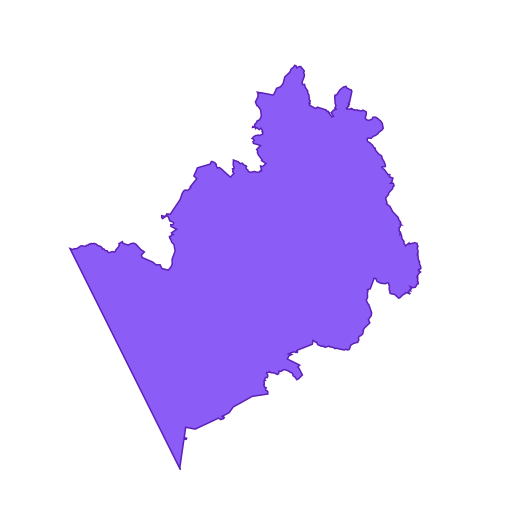 outline of Huichapan, Hidalgo, Mexico, rotated 328°
{"feature_id": "50627088B28469606214618", "entity_name": "Huichapan", "entity_type": "district", "adm_level": 2, "iso_a3": "MEX", "parent_name": "Mexico", "parent_adm1": "Hidalgo", "projection": "natural_earth1", "projection_center": [-99.627, 20.39], "detail": "fine", "context": "isolated", "style": "filled", "palette": "violet", "viewbox_px": 512, "rotation_deg": 328, "n_neighbors": 0, "source": "geoboundaries", "source_scale": "gbopen_adm2", "svg_char_len": 6166}
<svg xmlns="http://www.w3.org/2000/svg" viewBox="0 0 512 512"><g transform="rotate(328 256 256)"><path d="M419.5,159.0L415.2,159.6L410.0,162.0L408.5,161.5L407.6,161.9L404.1,168.3L403.2,171.2L401.2,172.3L401.8,174.0L399.2,173.4L395.7,174.3L395.8,178.6L394.1,178.3L393.6,173.4L394.1,173.3L393.7,171.2L392.8,171.1L392.8,169.2L386.9,162.3L384.6,162.4L381.2,156.3L382.8,155.2L381.5,154.2L382.0,154.4L384.2,153.2L384.0,152.1L386.3,147.2L386.1,145.6L387.3,143.4L387.2,138.7L388.1,136.2L386.5,135.4L386.4,134.7L387.4,132.9L392.1,129.3L393.2,127.8L393.6,125.7L395.0,124.7L394.3,119.0L392.8,118.2L390.3,118.0L390.7,115.8L389.8,114.8L387.9,115.7L384.8,116.1L382.2,118.0L375.3,119.4L370.8,123.7L369.1,124.6L366.6,125.5L362.3,124.7L357.4,128.0L355.7,128.5L346.6,120.0L345.4,119.8L345.2,118.8L343.9,117.8L343.8,119.1L342.2,121.9L337.1,125.1L336.5,128.8L336.8,128.8L337.1,130.1L337.3,134.4L334.8,140.0L331.4,142.4L328.7,142.0L326.6,143.3L324.6,143.7L323.9,145.0L322.8,145.2L321.8,144.5L321.2,145.1L323.7,146.2L323.1,147.7L324.6,147.5L325.8,150.6L328.0,150.3L327.8,153.6L327.0,153.8L327.2,154.8L326.2,156.2L322.6,155.6L322.1,154.8L319.7,153.7L317.3,153.6L314.9,154.3L315.7,155.3L315.8,157.1L313.9,157.5L313.5,159.1L318.4,164.7L313.0,166.0L313.1,167.8L312.1,168.8L311.6,171.1L312.1,177.8L311.3,178.1L313.4,182.8L309.2,183.7L307.6,182.1L305.8,186.7L304.7,186.0L303.5,186.7L301.2,185.5L299.2,183.3L295.9,182.3L294.3,180.3L294.6,178.7L294.0,177.2L294.2,175.7L295.5,175.0L295.2,173.9L294.1,172.7L293.5,169.9L291.5,169.3L290.9,166.7L287.7,162.6L284.8,166.9L284.2,169.7L283.5,170.1L282.4,169.6L282.2,170.8L280.9,172.1L281.0,174.2L276.1,175.6L272.4,162.7L271.6,161.4L269.8,160.8L270.3,157.6L270.9,157.2L270.4,154.9L268.8,152.4L267.3,152.6L265.9,153.8L253.1,150.2L245.7,155.2L246.9,159.0L236.7,162.5L236.8,163.5L233.0,164.2L230.8,162.5L229.3,162.5L226.6,163.8L221.6,167.9L205.5,175.1L202.6,173.0L201.3,174.0L199.8,174.2L197.4,171.8L196.4,173.4L196.6,174.8L201.6,174.6L202.1,175.1L202.3,176.9L201.5,180.6L203.5,183.1L203.7,184.3L203.2,185.1L201.7,185.2L200.3,184.2L199.6,185.8L202.8,191.2L196.5,191.6L197.1,194.0L195.7,193.3L194.2,194.1L193.3,193.6L192.7,193.8L192.9,194.5L192.3,195.1L192.4,197.2L191.8,199.4L192.5,202.7L190.1,208.9L183.1,214.3L180.5,218.7L178.0,220.2L174.2,221.5L169.6,216.8L170.0,212.6L166.6,210.6L165.4,206.8L158.7,197.0L159.2,194.5L163.5,193.4L161.7,189.5L160.4,182.2L159.2,180.4L156.9,179.3L153.4,179.0L150.0,174.9L150.3,173.0L146.3,172.9L146.2,174.0L144.2,175.4L140.0,176.7L139.1,177.7L138.1,177.7L136.5,176.1L133.0,175.3L132.6,175.0L132.6,172.7L131.0,171.5L130.7,169.3L129.5,168.8L129.9,167.1L128.9,165.0L127.4,163.3L126.8,161.4L125.4,159.5L123.9,159.1L123.0,158.0L121.7,158.1L121.0,157.5L119.4,157.8L117.9,157.1L116.7,157.6L113.1,154.6L107.7,154.8L106.0,153.6L103.9,153.3L102.2,151.1L78.6,397.2L79.6,394.7L97.8,373.2L99.6,374.5L100.6,373.8L98.9,372.0L105.6,364.0L112.7,370.6L138.3,373.6L139.3,376.0L142.3,376.7L143.5,376.2L143.4,375.6L142.6,375.3L142.3,374.0L150.3,374.6L156.8,371.9L167.6,372.5L178.3,373.0L192.9,379.3L194.1,377.4L194.1,376.5L193.2,375.4L193.4,374.0L194.8,373.2L193.8,371.6L194.4,369.2L195.0,369.3L196.7,366.0L197.9,366.5L197.8,365.6L198.8,364.6L199.9,364.2L201.1,365.1L202.4,364.1L203.0,362.7L202.8,361.2L203.4,360.5L205.4,361.5L206.2,361.1L206.7,362.7L209.7,365.1L211.2,367.7L212.9,367.8L214.4,365.9L216.1,367.1L219.3,367.1L220.0,367.5L222.5,370.5L223.5,373.0L224.5,373.8L224.7,375.4L224.0,377.2L224.9,379.1L225.0,382.5L226.8,382.7L232.3,381.5L232.9,374.3L232.7,372.2L235.2,371.7L228.0,360.0L231.0,358.1L233.9,358.4L231.8,356.3L236.1,357.0L237.8,357.7L238.7,359.0L239.4,358.6L240.0,359.6L240.5,359.3L240.4,357.8L241.8,357.9L256.9,360.7L259.7,357.8L261.0,360.9L261.7,361.4L261.4,363.9L263.6,367.2L265.8,368.4L265.6,369.2L266.3,370.1L270.1,371.0L270.4,372.1L273.2,374.6L273.8,376.4L275.0,376.6L281.0,382.5L283.0,382.8L283.5,383.9L284.9,384.6L285.8,384.5L289.2,381.8L292.2,381.8L296.6,383.1L298.8,381.6L299.3,380.0L300.9,378.7L302.3,379.1L305.0,378.7L307.3,376.6L307.3,375.9L309.6,374.6L317.1,373.0L317.6,369.5L322.0,367.7L324.0,365.4L325.9,357.1L325.6,355.7L326.1,351.9L328.6,350.3L330.9,346.4L332.6,344.8L332.6,343.6L335.5,344.4L344.5,337.4L345.8,339.4L345.3,340.3L345.2,341.7L347.4,345.2L350.9,348.0L353.5,348.5L353.9,349.1L353.1,352.3L351.4,354.6L349.9,358.9L353.2,362.1L354.7,367.5L356.6,367.6L359.3,366.8L363.2,366.9L363.5,366.4L364.4,366.8L366.1,369.4L366.7,369.3L365.8,367.5L367.8,366.8L368.7,367.5L368.6,366.1L370.5,366.1L370.5,363.7L371.8,365.6L374.5,367.0L378.7,364.8L378.9,365.3L379.8,364.1L379.5,362.7L380.6,362.0L381.4,359.2L381.8,358.8L382.0,359.5L382.7,358.2L385.0,357.0L387.1,356.8L386.0,354.3L387.3,353.6L387.4,354.2L389.1,354.0L390.2,351.9L390.4,349.3L391.6,347.7L391.8,344.9L393.4,341.9L393.8,340.7L393.4,340.5L394.0,339.7L394.4,340.0L395.9,337.9L397.0,334.5L398.5,333.7L398.6,332.0L399.3,330.7L397.7,328.9L392.3,327.0L392.7,326.1L388.1,326.6L388.4,323.0L389.3,322.0L388.9,318.7L390.2,315.9L390.4,314.2L389.9,314.2L390.6,313.7L389.9,313.4L391.1,312.1L390.7,311.2L391.2,309.7L392.6,307.7L393.8,307.7L395.2,306.0L395.7,306.5L395.4,305.4L395.9,305.6L396.6,303.4L396.2,301.6L397.0,298.6L395.4,290.8L395.9,284.9L394.3,280.9L395.2,280.5L396.6,275.6L401.1,274.0L401.7,272.9L407.4,271.3L409.0,269.7L410.3,269.7L411.0,267.1L408.7,265.6L410.4,265.3L413.4,262.4L411.1,259.6L412.6,257.9L411.0,256.8L410.7,250.7L409.8,249.2L409.7,247.8L409.9,247.2L413.0,248.7L413.7,248.0L414.6,243.9L414.7,240.3L415.6,237.6L414.1,234.6L413.4,229.6L414.2,227.6L413.5,227.2L413.5,223.7L412.4,219.8L411.6,218.7L411.5,216.9L412.7,215.4L413.4,215.3L416.0,217.2L419.1,216.6L421.0,217.1L424.4,216.9L425.3,216.2L429.6,215.9L431.6,215.1L433.3,210.6L433.4,208.0L431.7,202.8L430.8,201.5L428.8,200.3L426.6,201.5L423.6,200.8L421.7,198.8L422.0,196.3L424.0,195.0L425.7,192.7L425.8,191.9L424.0,188.9L421.8,188.8L420.7,187.2L419.7,186.8L419.2,185.6L416.8,184.6L416.9,184.0L415.0,182.3L415.5,182.0L415.2,181.4L412.6,180.9L412.0,179.9L411.0,179.8L411.1,178.4L413.9,178.2L414.0,177.1L415.3,177.1L415.2,175.8L416.3,175.7L416.2,174.9L417.1,174.9L424.7,167.0L424.7,165.4L424.1,165.1L422.0,161.4L422.2,159.8L419.5,159.0Z" fill="#8b5cf6" stroke="#5b21b6" stroke-width="1.5"/></g></svg>